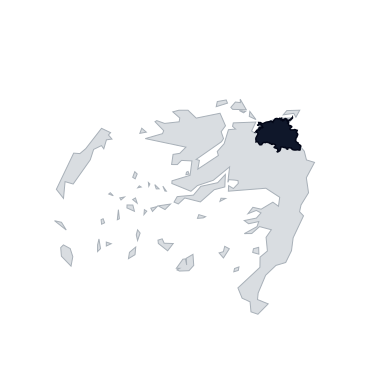 Ipeiros highlighted on a map of Greece, rotated 120°
{"feature_id": "GRC-2949", "entity_name": "Ipeiros", "entity_type": "Region", "adm_level": 1, "iso_a3": "GRC", "parent_name": "Greece", "parent_adm1": "", "projection": "natural_earth1", "projection_center": [20.643, 39.638], "detail": "fine", "context": "in_parent", "style": "filled", "palette": "ink", "viewbox_px": 384, "rotation_deg": 120, "n_neighbors": 0, "source": "natural_earth", "source_scale": "10m", "svg_char_len": 7385}
<svg xmlns="http://www.w3.org/2000/svg" viewBox="0 0 384 384"><g transform="rotate(120 192 192)"><path d="M250.8,70.1L264.9,73.8L266.3,81.0L258.1,86.8L258.9,95.5L252.1,104.3L223.3,95.5L214.4,100.5L205.4,97.2L194.2,105.2L185.0,104.4L188.2,116.2L198.1,119.5L201.9,125.9L189.5,118.4L184.2,119.4L191.2,127.1L190.6,132.5L182.4,123.2L175.6,121.8L175.8,127.1L182.8,132.7L174.8,131.6L172.3,123.5L160.4,116.9L161.1,110.0L152.7,113.4L151.8,129.9L173.1,160.9L168.2,163.5L168.3,157.9L161.4,156.2L159.1,157.9L160.4,161.1L162.8,166.1L165.7,165.8L151.4,172.0L171.2,179.4L183.7,190.5L191.9,193.3L194.7,213.7L192.3,214.9L178.5,202.0L165.1,207.6L169.9,216.9L175.6,218.4L178.4,223.4L168.9,227.2L164.6,221.9L156.2,219.7L169.1,259.2L156.2,246.7L153.0,247.2L149.6,259.2L147.8,258.2L146.3,250.0L137.6,238.2L134.0,239.6L132.2,248.7L127.7,244.2L123.2,236.3L125.9,225.3L109.8,207.1L117.9,196.1L125.2,196.9L130.0,191.4L133.7,191.6L161.7,204.7L160.9,201.4L169.3,198.4L147.2,187.4L144.3,190.4L134.1,188.3L119.8,191.6L115.7,185.7L114.9,189.7L111.5,190.8L99.5,171.7L109.4,170.9L109.6,166.1L99.8,166.9L86.0,155.4L77.4,141.7L84.5,142.8L88.4,138.3L86.4,132.0L96.3,127.0L100.5,115.2L107.0,108.9L105.1,100.7L122.5,100.1L134.4,90.7L148.7,91.1L155.3,89.0L156.9,83.5L181.1,81.5L193.1,76.5L206.2,75.6L213.6,82.6L227.3,86.6L246.4,84.2L252.4,81.5L250.8,70.1ZM189.6,292.2L198.7,290.0L197.1,293.6L204.3,298.5L215.0,296.2L244.5,298.9L246.5,307.1L261.8,300.1L257.5,310.8L217.5,313.9L214.8,308.3L207.6,305.7L182.1,302.2L181.3,292.2L184.4,292.9L186.2,287.8L189.6,292.2ZM171.2,166.1L178.9,173.9L196.4,179.8L200.8,195.3L209.2,197.9L209.7,202.5L203.4,202.5L194.0,189.2L182.7,187.2L171.1,174.4L160.1,171.9L171.2,166.1ZM261.7,155.3L266.7,163.3L267.0,166.1L264.2,164.5L265.9,167.4L254.8,166.3L253.2,164.3L257.9,160.1L252.2,163.8L245.5,160.0L254.7,153.8L261.7,155.3ZM305.8,277.9L302.1,276.9L301.9,269.2L307.6,262.9L316.7,259.7L312.9,273.0L305.8,277.9ZM253.4,195.4L250.7,197.4L247.5,194.4L250.3,190.5L246.0,182.5L255.1,183.7L253.4,195.4ZM93.6,186.1L100.1,198.1L99.3,200.7L92.4,199.4L90.4,194.8L87.5,196.7L93.6,186.1ZM79.6,151.6L74.1,150.6L67.3,139.6L75.3,139.4L73.0,143.2L79.6,151.6ZM233.4,131.8L231.2,138.1L228.0,135.0L222.7,136.5L222.5,131.3L233.4,131.8ZM274.8,210.0L281.5,213.7L275.5,216.0L267.8,213.2L274.8,210.0ZM214.0,109.2L210.4,110.4L206.6,106.6L212.4,103.0L214.0,109.2ZM97.3,205.7L106.0,213.7L101.0,215.3L95.2,208.4L97.3,205.7ZM238.3,240.4L235.7,241.8L232.9,236.7L237.5,232.2L238.3,240.4ZM220.7,206.6L220.9,214.3L213.2,204.6L220.7,206.6ZM287.8,281.9L285.6,296.7L283.5,289.9L287.8,281.9ZM97.9,180.2L93.3,182.2L97.3,172.8L97.9,180.2ZM167.3,266.5L161.9,267.4L163.0,261.5L167.3,266.5ZM279.2,249.1L286.8,242.9L290.8,244.0L285.0,247.3L279.2,249.1ZM252.0,220.2L253.5,216.4L261.2,214.9L257.0,218.8L252.0,220.2ZM229.1,233.9L228.2,239.6L225.4,238.0L229.1,233.9ZM228.6,216.5L226.6,219.6L222.0,214.9L228.6,216.5ZM212.1,174.1L208.2,174.8L206.6,167.9L208.8,169.3L212.1,174.1ZM240.2,115.9L237.0,116.9L233.4,113.9L236.8,112.7L240.2,115.9ZM209.0,247.8L208.9,250.7L203.0,251.7L203.8,248.5L209.0,247.8ZM253.4,242.8L244.1,246.9L251.5,241.5L253.4,242.8ZM204.7,215.9L201.5,220.2L204.1,214.6L204.7,215.9ZM235.6,222.3L231.1,224.4L231.2,221.6L235.6,222.3ZM265.1,254.2L261.4,256.9L259.6,255.6L262.4,252.3L265.1,254.2ZM281.6,239.2L278.2,241.2L277.2,236.1L281.6,239.2ZM207.2,224.5L204.2,227.9L205.7,222.1L207.2,224.5ZM97.6,186.9L97.8,191.7L95.3,185.9L97.6,186.9ZM234.4,249.5L233.2,251.6L230.1,248.0L234.4,249.5ZM186.2,163.1L182.9,163.8L180.8,159.7L186.2,163.1ZM180.0,205.9L177.6,206.7L176.2,205.7L178.0,203.5L180.0,205.9ZM208.6,232.3L205.6,234.5L206.1,232.5L208.6,232.3ZM234.6,258.3L235.4,263.1L233.5,262.4L234.6,258.3ZM215.5,241.1L213.0,240.7L213.1,238.5L215.5,241.1Z" fill="#d9dde1" stroke="#a8b0b8" stroke-width="1"/><path d="M93.3,128.9L94.0,128.8L95.1,128.3L95.8,128.0L96.0,127.9L96.1,127.6L96.6,126.4L96.5,125.6L96.5,125.4L96.4,125.0L96.4,124.8L96.5,124.6L96.9,124.5L97.1,124.4L97.4,123.5L97.4,122.8L97.4,122.1L97.5,121.2L97.7,120.9L98.0,120.7L98.3,120.5L98.6,120.3L98.6,120.1L98.7,120.3L99.1,120.5L99.6,120.5L100.2,120.2L100.6,119.8L101.6,119.5L102.1,120.1L102.6,121.7L103.8,123.2L104.6,124.7L105.0,126.3L104.9,126.8L104.2,128.1L104.6,128.5L105.0,130.0L105.8,131.0L106.9,130.5L107.3,130.8L107.3,131.9L106.5,133.4L107.4,134.2L107.8,136.2L108.4,137.3L108.8,137.4L109.9,137.0L111.5,136.6L112.6,136.7L114.5,137.8L114.5,138.3L113.7,138.0L113.1,138.3L112.9,138.7L112.3,139.0L112.0,139.6L111.8,140.0L112.3,142.2L112.3,143.1L111.8,143.2L111.4,142.8L110.2,142.7L109.7,143.1L109.3,143.5L109.6,144.6L109.7,145.6L110.1,146.2L110.6,146.3L110.9,146.9L110.7,147.8L111.0,148.8L110.6,149.3L110.5,149.8L111.0,150.3L111.2,150.9L111.1,151.5L111.3,152.1L112.6,153.2L113.0,154.5L114.1,155.2L115.6,155.4L116.1,155.3L116.8,156.1L117.2,157.1L115.7,160.0L115.8,160.6L116.6,161.7L115.9,161.9L114.4,163.1L113.3,163.6L112.8,163.7L109.2,163.8L108.6,164.0L108.1,164.4L107.8,165.4L107.9,165.8L107.7,165.8L107.2,166.4L107.8,166.9L106.2,166.7L106.2,166.4L105.9,166.3L105.6,166.1L105.3,165.9L105.2,165.8L104.8,166.0L104.5,165.8L104.4,165.5L104.3,165.2L104.7,164.9L104.7,164.7L104.2,164.9L103.9,164.9L103.5,164.7L103.3,164.4L103.1,164.4L102.9,164.8L102.4,165.1L102.3,165.3L102.4,165.6L102.8,165.7L102.9,165.9L101.7,165.9L102.1,165.7L102.1,165.4L102.1,165.1L102.0,164.8L101.7,164.9L101.7,164.7L101.7,164.4L101.3,164.4L101.2,164.5L101.5,163.9L101.4,163.3L101.0,163.1L100.7,163.4L100.5,163.2L100.4,163.4L100.3,163.6L100.0,163.8L99.7,163.9L99.7,164.2L100.2,164.3L100.0,164.6L100.0,165.0L99.9,165.4L99.7,165.7L99.5,165.8L99.3,166.0L99.2,166.4L98.8,166.1L98.8,166.5L99.2,166.7L100.5,167.7L101.1,168.0L101.3,168.5L101.2,168.6L100.5,168.3L99.6,168.0L99.4,168.0L99.2,168.1L99.2,168.3L98.9,168.7L98.5,169.0L98.4,168.7L98.3,168.4L98.1,168.1L97.9,168.0L97.8,167.8L97.7,167.5L97.7,167.4L97.6,167.0L97.8,166.9L98.0,166.7L97.7,165.4L97.1,164.6L96.4,164.0L95.4,163.4L94.5,162.7L92.3,160.0L91.4,159.4L91.1,159.1L91.3,158.8L91.1,158.4L91.0,158.0L91.1,157.6L91.3,157.3L91.3,157.0L90.9,157.2L90.6,157.2L90.4,157.1L90.3,156.8L89.8,157.0L89.4,157.0L89.0,156.8L88.7,156.5L87.9,156.8L86.7,156.3L85.8,155.2L85.7,154.1L85.4,153.7L85.1,153.3L84.8,152.9L84.2,152.8L84.2,152.6L84.4,152.6L84.4,152.4L84.1,152.1L83.8,151.5L83.6,151.4L84.1,151.2L84.7,151.2L85.1,151.1L85.0,150.6L84.7,150.3L83.6,149.6L83.6,149.4L84.1,149.4L84.4,149.5L84.7,149.5L85.0,149.1L85.0,148.9L84.7,148.7L84.2,148.5L83.8,148.4L83.8,148.9L83.5,148.7L83.2,148.5L82.9,148.4L83.2,148.1L82.7,148.0L82.2,148.0L81.7,148.0L81.2,148.1L81.5,147.9L81.6,147.5L81.6,147.1L81.6,146.7L81.8,146.9L82.0,146.9L82.2,146.7L82.4,146.4L82.4,145.9L82.4,145.7L82.5,145.7L82.8,145.5L82.6,144.7L82.1,144.4L81.7,144.3L81.4,144.1L81.3,143.9L80.9,143.6L80.7,143.5L80.4,143.4L80.2,143.2L78.7,142.7L78.0,142.5L77.7,142.3L77.4,142.3L77.9,142.0L78.8,142.3L80.0,142.6L81.3,143.3L82.1,144.0L82.7,144.3L83.1,144.2L83.2,143.7L83.3,143.4L83.5,143.2L84.0,143.1L84.5,143.4L84.6,142.6L85.0,142.2L85.5,141.9L85.9,141.4L86.0,141.0L85.9,140.8L85.8,140.7L85.7,140.3L85.6,140.2L85.4,140.0L85.3,139.9L85.5,139.3L85.6,139.1L85.5,138.9L85.3,138.7L85.5,138.3L85.7,138.2L86.0,138.2L87.1,138.6L87.6,138.9L88.1,139.0L88.6,138.5L88.8,137.8L88.7,137.2L87.4,135.0L86.7,134.4L86.5,134.2L86.1,132.0L86.0,131.7L86.3,131.6L87.8,131.6L88.2,131.5L88.4,130.8L88.6,130.2L88.9,129.6L89.3,129.2L89.8,129.0L90.8,129.1L91.2,128.8L91.8,128.7L93.3,128.9Z" fill="#0f172a" stroke="#020617" stroke-width="1.5"/></g></svg>